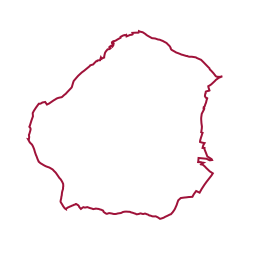 Ludos, Sibiu, Romania, rotated 262°
{"feature_id": "2599482B73339255200359", "entity_name": "Ludos", "entity_type": "district", "adm_level": 2, "iso_a3": "ROU", "parent_name": "Romania", "parent_adm1": "Sibiu", "projection": "orthographic", "projection_center": [23.908, 45.934], "detail": "fine", "context": "isolated", "style": "outline", "palette": "rose", "viewbox_px": 256, "rotation_deg": 262, "n_neighbors": 0, "source": "geoboundaries", "source_scale": "gbopen_adm2", "svg_char_len": 5738}
<svg xmlns="http://www.w3.org/2000/svg" viewBox="0 0 256 256"><g transform="rotate(262 128 128)"><path d="M222.4,152.3L221.8,152.1L221.0,151.7L221.0,151.3L221.1,150.3L221.3,149.1L221.6,145.6L221.1,145.7L220.1,145.6L219.8,144.7L219.9,143.1L219.8,142.6L219.6,142.0L218.9,139.3L220.5,139.2L220.4,138.8L220.3,137.7L220.5,137.5L220.3,136.1L219.3,133.3L218.4,133.2L217.1,129.8L216.4,128.3L216.0,126.9L216.0,125.5L215.1,124.0L214.3,124.0L214.2,124.3L214.1,125.5L213.7,125.6L213.1,125.4L212.7,124.7L211.8,124.9L210.7,123.8L211.9,122.9L211.5,122.2L211.2,121.4L210.7,120.8L209.4,121.8L209.0,121.2L208.7,120.3L208.7,118.7L207.5,117.4L206.9,116.7L205.6,115.7L203.6,114.9L202.1,114.4L201.1,114.2L201.1,113.5L200.8,113.1L200.7,111.9L200.8,111.7L200.7,111.5L200.3,111.5L200.1,111.4L200.2,111.2L200.9,111.3L201.7,111.0L200.7,110.5L199.0,109.8L199.1,108.1L199.1,107.2L198.5,106.7L198.6,105.9L196.8,103.5L195.8,102.4L195.3,99.3L194.6,98.7L190.8,92.5L189.8,90.6L189.4,89.9L186.7,86.0L184.9,83.9L182.4,81.1L182.0,80.7L181.6,80.5L180.4,79.9L176.6,78.2L176.0,77.8L175.7,77.5L174.1,75.5L172.2,73.1L170.3,70.8L170.0,70.1L168.9,68.4L168.1,67.3L167.8,66.7L167.7,66.1L167.7,65.4L167.5,63.0L167.3,62.3L167.1,61.3L166.7,60.6L165.6,58.0L163.2,53.2L162.9,52.2L162.5,51.0L165.3,49.6L165.2,48.4L165.2,47.0L165.0,46.3L164.8,46.1L164.5,45.3L164.3,44.5L164.3,43.8L164.5,43.2L164.4,43.0L161.0,39.7L158.0,37.1L156.0,35.7L152.8,35.5L149.2,33.6L144.1,31.2L143.0,30.5L142.6,30.6L142.2,31.0L141.5,31.3L140.6,31.4L139.8,31.2L139.0,30.9L136.3,29.7L134.9,28.9L133.6,28.9L132.8,28.9L130.4,28.2L130.7,27.5L127.5,28.7L126.6,29.3L125.1,30.5L124.2,30.9L123.4,31.2L122.4,31.5L120.0,32.1L117.1,32.5L114.0,33.1L113.1,33.4L109.0,34.3L108.1,34.7L107.5,34.7L107.0,34.9L106.9,35.1L105.9,35.9L105.0,36.8L104.0,38.1L103.4,38.8L102.3,40.2L101.3,41.7L99.8,44.6L98.8,45.9L97.6,47.4L97.3,47.7L95.4,49.0L94.3,49.9L93.3,50.5L87.7,53.3L87.3,53.7L86.5,54.2L85.2,54.8L83.7,55.4L81.7,56.0L79.3,55.8L78.6,55.5L76.8,55.2L74.4,54.1L73.0,53.6L70.5,53.0L69.0,52.4L67.5,52.0L66.6,51.6L64.8,51.0L64.2,51.0L63.6,51.2L61.4,52.2L59.6,52.9L57.4,54.1L56.7,54.7L56.3,55.2L56.6,55.2L56.7,55.3L56.9,55.7L57.1,56.4L57.6,57.2L57.7,57.7L58.4,60.0L58.5,60.6L58.8,61.4L59.1,62.8L59.4,63.6L59.5,64.1L59.5,64.8L60.0,65.6L60.0,66.0L59.7,66.4L59.5,66.7L58.8,67.3L58.5,67.9L57.7,68.4L56.6,68.7L55.1,69.6L54.4,70.1L54.9,70.9L55.5,72.0L55.8,72.8L55.7,73.0L55.4,73.7L55.2,74.3L55.2,75.0L55.3,76.5L55.3,76.8L55.0,77.3L54.0,79.2L53.2,81.1L52.7,81.9L52.5,82.3L52.5,82.5L52.6,83.3L52.5,84.1L52.7,84.7L52.7,84.9L52.3,86.3L52.2,86.6L51.9,87.8L51.5,88.4L50.6,90.5L50.1,91.1L49.8,91.7L49.6,91.9L49.2,92.0L48.7,92.1L48.3,92.2L47.3,93.2L46.7,93.9L46.2,94.5L46.0,95.0L46.0,95.6L46.3,96.9L46.3,97.7L46.1,98.4L45.5,100.3L45.0,101.4L44.8,102.2L44.6,103.6L44.6,104.7L44.8,105.9L44.8,106.9L44.8,108.4L44.8,109.2L45.2,110.4L45.3,110.7L45.5,111.2L45.6,112.7L45.5,114.4L45.2,115.8L45.0,116.8L44.8,117.6L44.8,118.0L44.5,118.6L44.0,119.3L43.5,120.6L42.8,122.0L42.4,122.7L42.1,123.5L41.7,124.0L41.4,124.3L41.3,125.6L41.4,126.6L41.5,127.5L41.7,128.1L41.7,128.4L41.6,128.8L40.9,130.4L40.7,131.2L40.8,132.0L40.9,132.8L40.8,133.2L40.6,133.6L40.1,134.4L39.5,135.7L39.0,136.3L38.6,136.7L38.4,137.0L38.1,138.1L37.2,139.7L37.0,140.3L36.9,141.0L36.8,141.9L36.7,142.7L36.7,143.1L36.4,143.6L35.3,145.2L34.3,146.3L33.7,146.9L33.6,147.1L33.8,148.8L34.2,150.8L34.9,152.5L35.6,154.9L36.4,157.2L36.6,158.1L36.6,158.4L37.1,159.1L37.5,159.4L37.9,160.0L38.3,160.5L38.8,160.9L40.0,162.1L41.5,163.3L43.3,164.4L44.7,165.3L47.7,166.8L49.4,167.7L51.3,170.5L51.3,173.8L51.2,176.2L51.2,178.4L51.1,179.3L50.9,182.2L52.1,183.1L53.1,183.8L56.1,186.7L54.0,189.9L57.3,192.4L61.2,195.8L63.8,198.3L69.4,204.1L71.3,205.7L72.3,204.5L72.6,204.2L73.6,203.0L76.0,201.1L77.5,199.9L79.1,198.8L80.4,197.7L81.1,197.1L81.4,196.4L81.7,195.8L81.7,195.3L81.8,195.2L82.1,195.6L82.2,195.9L82.5,196.4L82.9,197.4L83.1,197.9L83.2,197.6L83.5,196.3L83.8,196.0L83.9,195.4L84.3,194.5L84.2,193.9L84.5,192.7L85.4,193.0L88.5,193.7L86.6,201.5L86.4,201.8L84.9,204.0L84.6,204.5L84.6,205.0L84.6,206.8L85.2,206.6L85.6,206.4L88.8,202.6L92.7,201.7L96.2,200.8L97.6,201.0L97.8,199.7L97.9,199.1L99.3,199.6L100.7,200.3L101.2,200.7L102.4,201.7L102.8,200.5L103.2,199.4L104.1,197.4L104.4,197.4L105.8,197.8L108.7,199.1L110.2,199.9L111.2,200.3L112.1,200.8L112.8,201.2L113.6,199.9L117.2,201.0L119.2,201.4L122.6,201.4L126.7,201.7L128.3,202.0L131.8,203.0L133.5,204.2L134.5,204.9L135.7,205.8L136.4,205.7L136.6,205.5L136.8,205.6L136.9,205.8L136.9,206.2L137.0,206.2L137.3,206.2L137.7,205.8L138.0,205.8L138.4,206.2L138.5,206.4L138.4,206.6L138.5,206.7L139.3,207.2L140.6,207.8L142.3,208.8L144.4,209.6L146.4,210.6L146.8,210.2L147.0,209.5L147.2,209.3L147.6,209.1L148.9,208.6L149.2,208.7L151.0,209.2L151.2,209.4L151.5,209.7L152.3,209.8L153.0,210.0L153.3,210.3L153.6,212.4L153.6,213.4L153.8,213.9L157.3,213.3L158.2,213.3L158.9,215.1L159.6,216.5L162.4,220.5L163.4,221.7L165.1,225.0L166.0,228.5L166.1,228.0L165.9,227.1L165.9,226.0L166.0,225.1L166.2,224.1L166.5,222.9L166.8,222.5L167.3,222.0L170.3,220.3L173.1,218.4L174.6,217.2L175.9,216.9L176.9,216.1L182.8,211.8L185.4,209.8L185.6,209.4L187.8,205.8L188.5,205.0L188.6,204.7L189.7,201.1L189.8,200.1L190.0,198.7L190.2,198.2L190.7,197.1L191.1,196.6L191.1,196.0L193.0,191.9L193.1,191.5L193.4,190.9L193.9,190.2L195.2,187.9L195.6,187.1L196.2,186.0L197.0,185.1L199.2,182.2L199.8,181.7L200.9,181.3L201.2,181.4L202.0,181.2L203.1,180.7L203.6,180.4L205.4,179.0L206.8,178.0L207.1,177.6L207.7,176.8L208.4,175.8L208.8,175.3L209.2,174.8L209.6,174.2L209.8,173.7L210.6,172.4L211.1,171.5L211.4,170.2L211.8,169.4L212.8,167.5L213.1,166.4L213.6,164.3L213.9,163.9L216.8,160.1L217.8,159.0L218.6,158.4L219.1,157.8L220.5,156.2L220.8,155.8L221.8,153.2L222.4,152.3Z" fill="none" stroke="#9f1239" stroke-width="2"/></g></svg>